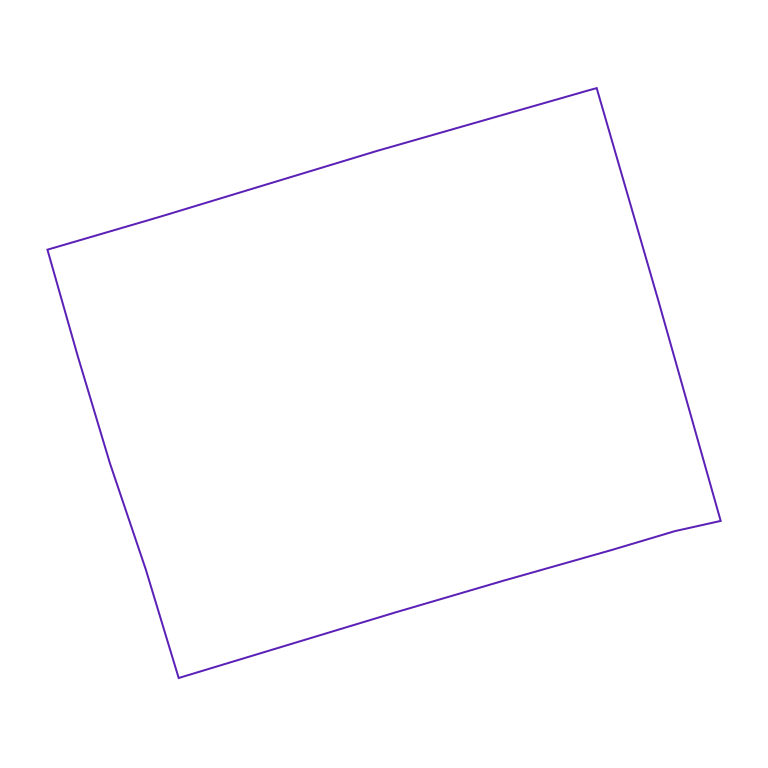 outline of Jackson, Michigan, United States of America, rotated 344°
{"feature_id": "52423323B91147156706901", "entity_name": "Jackson", "entity_type": "district", "adm_level": 2, "iso_a3": "USA", "parent_name": "United States of America", "parent_adm1": "Michigan", "projection": "equal_earth", "projection_center": [-84.434, 42.248], "detail": "fine", "context": "isolated", "style": "outline", "palette": "violet", "viewbox_px": 768, "rotation_deg": 344, "n_neighbors": 0, "source": "geoboundaries", "source_scale": "gbopen_adm2", "svg_char_len": 355}
<svg xmlns="http://www.w3.org/2000/svg" viewBox="0 0 768 768"><g transform="rotate(344 384 384)"><path d="M212.6,161.5L97.5,162.1L97.3,272.9L98.7,384.9L103.9,496.6L105.6,610.0L331.9,606.7L443.9,606.0L556.9,606.3L623.2,605.6L669.9,608.4L670.7,380.6L670.0,158.2L660.7,158.1L442.3,158.0L212.6,161.5Z" fill="none" stroke="#5b21b6" stroke-width="2"/></g></svg>